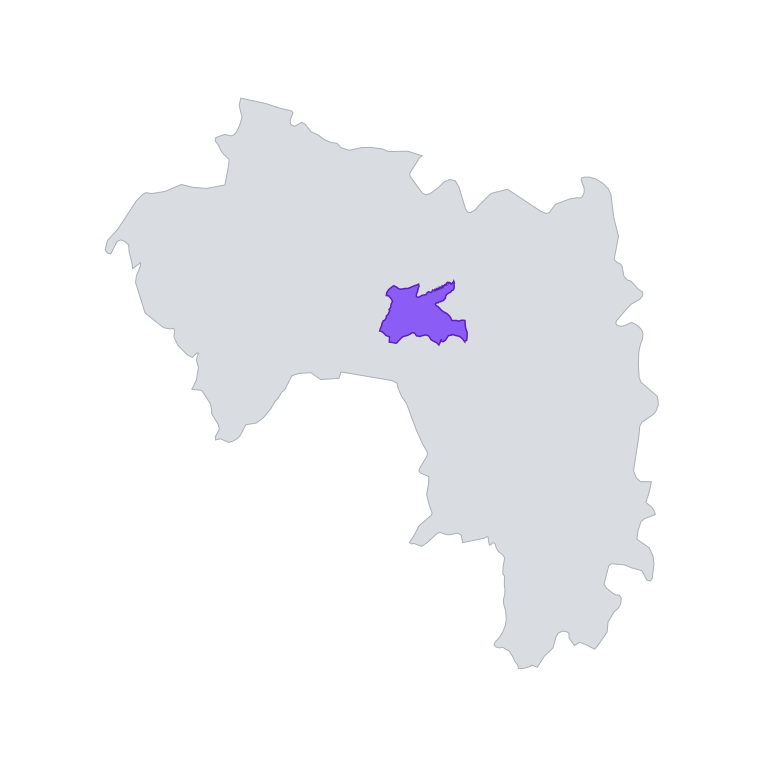 Dabola, Dabola, Guinea shown in context, rotated 10°
{"feature_id": "49546643B93693461345641", "entity_name": "Dabola", "entity_type": "district", "adm_level": 2, "iso_a3": "GIN", "parent_name": "Guinea", "parent_adm1": "Dabola", "projection": "natural_earth1", "projection_center": [-10.933, 10.773], "detail": "fine", "context": "in_parent", "style": "filled", "palette": "violet", "viewbox_px": 768, "rotation_deg": 10, "n_neighbors": 0, "source": "geoboundaries", "source_scale": "gbopen_adm2", "svg_char_len": 7581}
<svg xmlns="http://www.w3.org/2000/svg" viewBox="0 0 768 768"><g transform="rotate(10 384 384)"><path d="M471.3,521.4L465.1,520.4L462.3,521.8L454.0,532.9L449.1,537.3L441.4,535.9L438.6,536.7L436.6,535.5L439.4,529.3L443.3,517.2L453.5,504.9L453.7,502.3L449.5,495.2L445.2,485.4L445.2,475.0L444.3,467.4L435.4,465.3L433.7,464.0L433.5,461.5L438.5,448.4L438.9,445.7L438.3,443.4L432.8,436.7L424.2,424.4L409.4,399.0L403.9,393.7L398.7,385.9L396.7,381.0L391.2,379.2L339.6,379.6L338.7,386.2L320.9,390.6L310.0,385.5L297.9,388.5L291.9,391.9L287.3,406.7L284.7,409.8L282.1,416.5L279.7,420.1L277.1,427.4L271.3,437.8L265.2,444.5L254.9,448.2L251.6,459.1L249.2,463.2L245.2,466.4L241.0,468.5L232.6,466.4L227.8,468.3L227.0,465.6L229.7,456.9L227.6,452.4L219.5,443.4L218.7,439.0L216.3,433.4L205.6,421.9L195.7,422.6L198.5,412.9L198.4,399.9L195.0,392.9L195.9,385.7L194.0,386.2L190.7,391.1L185.3,389.5L174.5,381.9L169.1,374.4L168.4,368.1L167.2,365.6L163.9,366.9L157.1,366.8L136.4,355.6L121.7,327.2L121.4,320.8L123.6,309.8L123.1,306.8L116.3,314.1L115.0,309.2L109.9,297.8L108.4,291.3L103.4,288.4L99.5,287.8L96.4,290.0L92.3,303.3L89.3,303.2L86.1,300.4L86.8,290.5L94.8,278.1L108.3,246.7L113.1,239.5L116.1,237.0L122.4,236.7L134.7,232.5L149.8,222.7L161.4,223.5L175.0,222.3L192.8,215.6L193.0,194.5L192.5,189.8L186.2,185.6L182.5,182.0L179.3,177.3L175.5,174.0L175.6,170.5L183.5,166.0L190.8,166.1L193.2,164.3L195.0,161.3L197.0,153.7L197.8,145.7L193.0,134.9L193.3,127.3L219.4,128.4L233.7,130.5L245.4,131.1L247.3,132.9L245.7,140.3L247.1,144.6L251.1,145.8L257.7,140.6L261.1,141.8L268.4,148.2L275.2,150.0L282.6,153.5L289.6,155.4L295.8,155.1L300.5,158.7L309.2,159.9L320.4,155.3L329.3,153.3L341.7,152.8L348.1,154.3L367.0,150.6L381.9,152.7L379.6,155.2L372.8,172.1L373.6,175.0L388.7,189.3L392.3,190.4L396.4,188.4L402.9,181.8L408.0,174.7L412.9,171.2L418.7,171.4L423.3,176.5L434.0,197.6L436.7,200.3L439.3,200.2L444.0,196.3L446.4,191.7L456.4,177.7L471.8,170.7L508.4,186.7L513.8,187.9L517.0,186.7L521.5,177.3L535.3,169.2L541.9,167.0L545.7,166.7L547.1,164.1L547.8,160.3L547.1,156.3L542.8,149.1L542.7,147.0L545.1,145.6L550.3,144.6L557.1,145.3L564.8,148.4L571.1,152.9L574.6,158.2L581.5,180.5L589.3,198.0L589.0,221.5L592.4,223.8L596.2,224.9L598.0,226.7L601.7,236.4L605.3,239.2L609.5,239.9L617.4,246.1L622.5,248.5L623.3,250.4L623.1,252.9L621.1,256.2L613.5,262.6L609.7,268.2L601.9,281.5L601.7,284.0L603.3,285.7L606.6,286.1L610.0,285.2L617.2,280.3L622.8,282.0L628.3,285.7L630.3,289.6L630.8,294.6L629.6,301.1L629.4,308.4L631.2,320.8L634.1,333.2L636.9,337.7L655.1,348.6L656.8,352.7L657.8,357.3L656.5,363.6L654.6,367.1L644.7,376.8L643.2,381.4L644.0,390.0L644.8,426.3L648.7,432.5L653.4,435.6L664.3,433.9L664.0,443.9L662.5,455.2L668.9,458.7L672.1,462.1L673.9,465.4L663.9,471.4L661.0,474.9L659.6,484.3L660.0,493.0L673.5,499.2L678.7,506.5L681.1,514.1L681.9,528.4L680.7,531.7L677.2,531.7L670.3,523.0L659.9,522.1L652.1,520.4L639.1,521.5L636.9,524.1L635.4,543.1L638.5,546.3L644.7,549.9L648.8,551.5L652.2,551.0L654.8,553.4L655.3,559.6L653.6,564.2L650.2,568.4L645.9,579.4L646.8,589.5L639.5,605.5L637.4,608.6L627.7,605.5L621.4,604.4L616.8,608.5L610.5,602.2L609.3,597.3L607.0,596.3L602.8,596.3L598.8,599.0L597.1,604.1L596.3,614.4L589.2,624.1L584.2,636.3L578.4,635.2L577.2,636.6L571.0,639.8L565.8,640.7L564.4,637.4L561.3,634.8L557.8,629.7L553.9,625.5L546.5,622.6L543.5,623.9L540.0,623.5L537.7,621.9L538.0,619.4L541.9,613.0L544.1,607.2L545.4,600.9L545.3,594.8L543.2,586.3L539.9,579.5L539.1,575.6L539.4,570.0L538.7,564.8L537.6,562.1L536.0,552.2L534.0,550.4L532.9,542.5L533.2,534.4L530.3,531.4L525.8,529.2L523.1,526.0L521.4,522.5L519.8,521.4L518.4,521.6L517.1,523.8L515.6,524.3L513.0,516.7L511.8,516.4L510.0,518.2L489.0,526.6L486.3,519.4L482.3,518.1L475.3,521.0L471.3,521.4Z" fill="#d9dde1" stroke="#a8b0b8" stroke-width="1"/><path d="M456.3,328.5L456.3,327.6L457.9,326.5L457.8,325.6L457.7,323.7L457.3,321.1L456.8,318.5L455.7,316.6L454.7,314.6L454.1,312.9L453.6,311.1L452.9,308.3L452.7,307.4L451.1,307.4L449.3,307.8L448.2,308.2L447.0,309.0L446.7,309.3L445.4,308.9L444.1,308.9L442.2,309.3L440.0,309.7L439.7,309.6L439.6,309.2L439.3,309.0L439.2,308.7L438.9,308.4L438.7,308.1L438.6,307.8L438.4,307.5L438.1,307.2L437.9,306.9L437.7,306.7L437.4,306.5L437.2,306.2L436.8,305.7L436.4,305.5L436.2,305.3L436.0,305.2L435.7,305.0L435.4,304.7L435.1,304.6L434.9,304.4L434.6,304.3L434.4,304.1L434.2,304.0L433.9,303.8L433.7,303.7L433.3,303.6L433.1,303.5L432.8,303.4L432.4,303.4L432.1,303.2L431.9,303.1L431.6,303.0L431.3,302.9L431.1,302.8L430.3,302.6L430.2,302.6L429.5,302.3L429.3,302.1L428.9,302.1L428.7,301.9L428.4,301.7L428.1,301.5L427.8,301.2L427.6,301.2L427.4,301.1L427.2,301.0L427.0,300.8L426.8,300.8L426.6,300.6L426.3,300.3L425.9,300.0L425.8,299.7L425.5,299.6L425.2,299.4L425.0,299.2L424.7,299.1L424.5,298.9L424.2,298.7L423.7,298.4L423.3,298.3L423.0,298.2L422.7,298.0L422.3,297.9L421.9,297.7L421.6,297.6L421.4,297.3L421.0,297.1L420.8,296.8L420.7,296.5L420.7,296.1L420.8,295.8L421.1,295.6L421.4,295.4L421.7,295.1L422.0,294.8L422.5,294.7L422.8,294.7L423.2,294.7L423.3,294.5L423.4,294.3L423.5,293.9L423.9,293.6L424.2,293.4L424.5,293.4L424.9,293.4L425.3,293.1L425.5,293.0L426.0,292.9L426.1,292.6L426.5,292.2L426.8,292.0L427.3,291.8L427.5,291.7L427.8,291.6L428.2,291.4L428.1,291.2L428.2,290.7L428.5,290.4L428.6,289.9L429.0,289.7L429.2,289.4L429.6,289.0L429.7,288.7L429.5,288.3L429.5,287.9L429.5,287.5L429.5,286.9L429.5,286.5L429.9,286.0L429.8,285.6L430.0,285.3L430.2,284.9L431.6,283.5L432.8,282.5L433.8,282.0L434.5,280.1L435.3,279.7L436.0,279.3L436.3,277.6L436.3,276.1L436.1,275.2L435.7,274.0L435.5,272.7L435.8,272.3L434.8,270.6L434.5,272.1L433.9,272.2L433.8,273.2L432.3,273.9L431.6,272.8L430.2,272.6L429.9,273.0L429.7,273.6L428.8,272.9L428.1,273.8L427.7,274.8L428.3,275.7L427.2,276.0L426.5,275.7L426.2,276.2L425.9,276.9L425.7,277.3L425.2,277.1L425.2,278.0L424.6,277.7L424.8,278.5L424.2,278.2L424.0,279.3L423.3,278.7L423.0,279.5L422.5,279.3L422.4,280.1L421.7,279.6L421.9,280.6L421.2,281.3L420.6,280.6L420.1,280.6L420.0,281.7L419.1,281.1L419.0,282.0L418.2,282.0L418.4,282.9L417.6,282.4L417.5,283.3L417.1,283.4L415.7,282.9L415.0,285.0L414.1,285.8L411.8,285.4L411.5,285.7L411.2,286.1L410.2,287.3L410.0,288.8L408.1,289.3L405.9,290.2L404.8,291.2L403.3,292.4L401.8,292.7L400.7,292.1L400.4,291.1L400.4,289.7L401.0,286.8L401.0,284.0L401.5,281.7L400.7,279.6L398.8,281.0L396.9,281.9L395.9,282.7L394.6,283.4L394.0,283.9L390.8,285.8L387.9,286.3L385.0,287.5L382.6,287.8L381.9,287.6L379.6,286.4L376.6,285.5L375.3,286.7L372.2,290.2L370.8,293.7L370.9,296.5L373.0,296.3L376.4,298.9L378.0,301.2L377.1,304.2L377.3,307.0L376.0,310.0L377.1,310.8L376.3,312.8L376.0,314.8L374.6,316.4L374.6,318.9L373.5,321.3L372.3,321.8L371.5,324.9L371.4,325.2L371.7,326.3L371.2,328.2L370.7,330.4L370.6,332.6L372.3,332.6L373.8,333.3L375.7,334.5L377.5,335.9L379.6,336.3L381.1,336.4L381.5,338.0L381.7,340.2L382.0,341.9L383.2,341.8L384.3,341.7L385.1,341.7L386.1,341.7L387.3,341.8L388.0,341.8L388.7,341.7L389.1,341.5L389.4,341.4L389.5,341.3L389.9,340.6L390.1,339.8L390.8,338.9L391.7,337.9L392.5,336.4L393.6,335.0L394.8,333.8L396.3,333.2L397.9,332.4L398.9,332.0L399.0,331.9L399.5,331.4L400.1,330.9L400.5,330.7L400.9,330.5L401.0,330.4L401.3,330.0L402.1,329.1L403.2,328.5L403.5,328.3L405.8,328.9L406.8,330.0L407.7,331.0L409.4,330.8L410.7,331.1L414.7,329.1L417.1,328.4L419.8,329.0L420.2,329.4L422.4,332.0L424.3,332.9L426.4,333.5L428.7,334.2L431.3,336.1L432.0,333.5L432.6,329.9L433.2,331.8L433.3,331.8L434.3,332.2L435.3,331.9L435.9,331.0L436.7,330.5L438.0,327.7L439.0,325.2L442.2,324.1L442.6,323.3L445.0,323.7L448.0,323.9L449.9,323.9L453.3,325.8L456.3,328.5Z" fill="#8b5cf6" stroke="#5b21b6" stroke-width="1.5"/></g></svg>